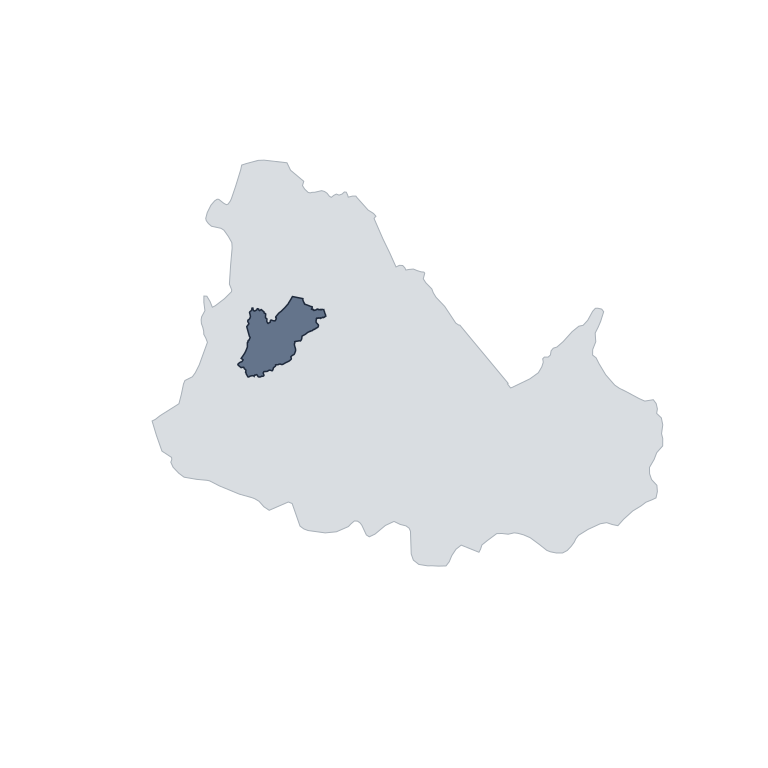 Gnagna, Gnagna, Burkina Faso (highlighted), rotated 231°
{"feature_id": "67063806B53557788130503", "entity_name": "Gnagna", "entity_type": "district", "adm_level": 2, "iso_a3": "BFA", "parent_name": "Burkina Faso", "parent_adm1": "Gnagna", "projection": "natural_earth1", "projection_center": [0.002, 12.916], "detail": "fine", "context": "in_parent", "style": "filled", "palette": "slate", "viewbox_px": 768, "rotation_deg": 231, "n_neighbors": 0, "source": "geoboundaries", "source_scale": "gbopen_adm2", "svg_char_len": 8873}
<svg xmlns="http://www.w3.org/2000/svg" viewBox="0 0 768 768"><g transform="rotate(231 384 384)"><path d="M546.1,480.3L529.2,481.1L523.1,483.2L519.4,483.3L519.2,481.5L518.8,480.4L497.5,474.5L482.5,471.0L467.4,467.0L466.5,470.7L464.3,473.1L461.1,473.3L458.8,472.7L457.3,475.5L454.8,479.2L451.3,481.1L447.8,483.4L445.9,485.4L444.5,485.4L441.0,480.7L436.4,480.2L427.8,481.0L423.9,479.7L418.6,479.0L406.1,480.0L386.2,478.1L382.9,479.1L382.0,480.0L362.3,480.2L340.5,480.5L322.4,480.7L306.4,480.9L306.4,480.0L301.3,479.9L300.7,481.5L296.2,500.6L295.6,511.0L298.0,517.4L300.7,521.5L303.7,523.2L304.0,525.5L301.6,528.5L301.8,531.6L304.6,534.7L305.3,538.1L303.9,541.6L304.2,549.9L306.3,563.2L306.3,571.8L304.3,575.7L305.3,582.4L309.2,591.9L309.8,595.9L308.4,597.8L305.2,600.3L301.9,600.2L298.1,594.4L296.4,591.9L293.3,586.0L290.7,580.2L287.1,577.6L283.6,575.2L279.4,567.8L275.2,564.3L270.9,565.3L264.5,563.9L251.7,562.1L238.0,562.6L232.3,564.3L226.6,567.0L212.3,573.0L206.6,575.9L202.3,583.4L197.5,583.2L192.6,580.8L189.6,577.4L183.1,578.2L176.8,574.9L170.7,568.4L166.2,566.3L160.5,561.6L159.0,552.7L155.4,546.5L152.1,537.8L147.1,533.9L141.4,531.8L133.5,532.3L128.4,528.8L124.3,523.7L125.4,519.3L127.3,513.1L127.5,507.0L128.8,497.3L128.1,485.1L126.7,476.6L131.1,473.0L136.1,469.8L139.3,464.1L142.6,451.1L144.0,439.9L143.0,435.7L141.4,432.4L140.1,427.5L139.3,421.6L140.3,416.5L144.1,411.7L148.9,407.7L152.3,405.8L161.3,403.8L172.5,400.9L179.0,397.5L183.7,394.1L186.4,391.5L189.1,386.0L193.4,381.8L196.8,377.5L197.3,365.6L197.3,358.8L194.9,355.1L193.5,351.9L210.2,342.6L210.3,336.0L208.0,328.7L204.8,322.8L203.6,317.7L208.2,311.7L212.3,307.2L215.3,303.4L221.9,297.5L228.7,296.0L234.8,298.2L252.9,311.9L256.1,312.8L259.9,311.8L264.7,308.2L270.9,305.3L273.2,296.1L273.0,282.6L274.5,276.4L277.8,275.3L288.2,277.9L290.9,278.0L294.0,277.2L296.2,274.8L296.1,270.4L295.6,266.6L299.1,254.0L305.3,244.6L317.9,232.8L321.8,230.5L326.4,229.3L348.9,237.4L352.5,235.4L358.1,215.3L364.2,213.4L371.5,213.1L376.3,211.3L378.7,209.9L389.4,202.3L408.3,192.0L418.5,187.5L420.5,185.9L427.7,178.5L437.4,170.0L443.5,168.4L452.0,167.7L457.4,169.1L458.8,171.5L460.6,172.7L471.6,169.2L487.5,174.9L501.2,180.5L500.4,184.0L500.3,190.3L499.1,200.3L497.7,212.2L503.4,219.9L510.2,228.2L512.0,231.5L510.2,239.6L511.5,244.4L515.1,252.4L521.2,262.5L527.5,273.0L531.8,274.4L536.0,275.2L538.5,277.1L542.2,278.9L545.8,280.1L549.0,282.3L551.0,284.6L553.7,291.0L560.7,295.3L565.7,299.4L563.7,301.6L557.5,300.7L551.7,298.9L551.0,302.0L550.7,313.8L551.7,323.6L553.0,324.9L558.9,326.7L572.8,339.5L585.3,351.6L589.6,354.7L596.5,355.9L604.3,356.4L607.6,355.3L615.2,349.2L619.2,348.5L622.9,348.7L624.9,349.7L628.5,354.6L631.9,362.1L632.9,367.7L632.6,370.6L631.5,371.8L625.3,373.2L622.6,374.3L621.9,375.9L622.9,379.7L624.1,382.1L630.9,392.9L640.7,407.5L643.7,411.2L642.0,415.6L637.0,426.9L633.4,431.7L617.0,447.8L608.9,445.9L592.0,449.2L589.5,445.5L585.5,445.0L580.6,445.6L578.9,447.0L578.3,448.6L576.6,450.8L573.5,457.2L571.1,458.9L568.1,459.8L564.4,459.7L562.2,460.5L562.2,463.7L561.6,466.5L559.1,467.9L558.0,470.9L558.2,474.0L556.8,475.4L553.6,474.6L551.7,473.8L549.9,477.7L547.7,480.4L546.1,480.3Z" fill="#d9dde1" stroke="#a8b0b8" stroke-width="1"/><path d="M471.7,287.9L472.3,289.0L472.2,289.1L472.1,289.4L471.9,289.5L471.9,289.9L471.6,290.4L471.6,290.5L471.5,290.8L471.4,291.0L471.1,291.0L470.2,291.0L470.0,290.9L469.7,290.9L469.3,290.8L468.9,290.8L468.6,290.9L468.1,291.3L467.7,291.8L467.4,292.2L467.1,293.0L467.1,293.8L467.0,294.0L466.2,294.7L466.1,295.2L466.1,295.9L466.3,296.2L466.7,296.4L468.3,296.9L468.6,297.0L468.8,297.4L468.9,297.9L469.0,298.1L469.2,298.3L469.2,298.5L469.0,298.9L468.6,299.3L468.3,299.6L468.3,299.8L468.1,300.2L467.8,300.4L467.6,300.7L467.3,301.2L467.3,301.6L467.2,301.7L467.1,302.6L467.1,303.0L467.0,303.5L466.2,304.3L466.0,304.5L465.8,304.7L465.2,304.9L464.6,305.6L464.6,305.8L464.7,306.0L465.2,306.8L465.4,307.4L466.0,308.0L466.2,308.5L466.2,310.8L466.3,311.1L466.5,311.4L466.7,311.6L467.1,311.8L466.9,312.3L465.7,313.7L465.6,314.0L465.5,314.9L465.2,315.3L464.5,316.2L464.2,316.3L463.7,316.5L463.4,316.9L463.0,317.5L462.8,318.6L462.4,321.1L462.0,322.6L461.5,324.9L461.6,326.8L461.7,327.5L461.9,327.8L462.4,328.2L462.6,328.3L463.4,328.5L463.8,328.8L463.8,329.1L463.9,329.8L463.9,330.6L463.9,331.0L463.6,332.2L463.6,332.8L463.9,333.6L465.3,336.0L466.0,336.7L467.3,337.5L469.1,338.2L470.8,339.0L471.8,339.9L471.9,340.3L472.2,340.7L472.4,340.8L472.9,341.2L473.1,341.3L472.9,341.6L472.9,341.9L472.6,342.2L472.6,342.3L472.5,342.6L472.2,342.9L472.0,343.4L471.5,344.1L471.1,345.2L470.9,345.4L470.5,345.7L470.1,346.0L470.1,346.7L470.2,347.0L470.5,347.8L471.0,348.6L472.2,349.8L472.8,350.5L472.2,353.6L472.1,354.5L472.1,355.8L472.1,357.2L471.7,358.8L471.5,359.2L471.5,359.3L471.3,359.8L471.5,360.0L471.1,360.7L470.9,361.2L470.8,361.4L470.7,361.6L470.6,361.9L470.7,362.2L470.6,362.7L470.7,363.0L470.8,363.5L470.5,363.8L470.2,364.3L470.3,364.9L470.1,365.3L470.0,366.0L470.2,366.5L470.0,366.8L469.9,367.0L469.7,368.4L470.0,368.9L470.3,369.5L471.0,370.1L471.3,370.2L474.4,370.0L474.9,370.2L475.3,370.6L475.9,370.9L476.1,371.3L476.4,371.8L476.7,372.0L477.5,372.7L477.6,373.0L477.2,373.6L476.9,373.7L476.9,374.2L476.5,374.9L476.3,375.0L476.1,374.9L475.8,375.6L475.6,376.0L475.4,376.0L475.1,375.9L475.1,376.5L474.9,376.6L474.7,376.8L474.5,377.2L474.5,377.4L474.6,377.9L474.4,378.1L474.3,378.5L474.2,378.6L473.7,378.7L473.6,378.9L473.6,379.2L473.5,379.4L473.5,379.6L473.5,380.0L473.4,380.2L473.6,380.4L473.6,380.6L473.5,381.2L473.5,381.3L473.4,381.5L474.1,381.8L474.3,382.0L474.5,382.1L476.4,382.6L477.6,383.2L478.7,383.5L479.7,384.0L479.8,383.7L480.2,383.4L480.5,383.3L480.8,383.0L481.3,382.4L481.2,382.0L481.4,381.9L481.3,381.7L481.5,381.5L481.8,381.7L482.0,381.5L482.1,381.0L482.4,380.7L482.5,380.4L482.8,380.3L483.0,379.9L483.5,379.9L483.6,379.5L483.7,379.4L484.0,379.4L484.3,379.3L484.4,378.4L484.3,377.9L484.4,377.6L484.5,377.3L484.8,377.1L484.8,376.8L485.0,376.8L485.1,376.2L485.3,375.8L485.6,375.9L485.9,375.8L486.2,375.9L486.3,375.9L486.6,375.5L486.9,375.5L486.9,375.2L487.5,374.9L487.5,375.3L487.8,375.1L488.0,375.1L488.2,375.8L488.6,376.2L488.9,376.7L489.1,376.8L489.6,376.6L490.4,375.8L490.9,375.6L494.1,373.8L494.8,373.3L495.1,373.2L495.4,373.1L495.6,372.7L495.8,372.6L496.2,372.6L496.4,372.7L497.3,373.0L497.4,372.9L499.8,373.6L500.5,373.9L501.2,374.5L501.4,374.7L509.6,367.9L508.5,365.1L507.5,362.3L507.1,361.0L506.6,360.1L506.5,359.6L506.4,358.8L505.7,354.9L505.5,352.6L505.3,350.7L505.2,349.7L505.3,348.0L505.3,346.8L504.4,342.4L504.3,342.1L503.9,341.7L503.1,341.5L503.0,341.8L502.8,341.7L502.5,341.1L502.1,340.7L502.0,340.1L501.9,339.8L501.6,339.4L501.8,339.0L501.9,338.9L502.1,338.5L502.1,338.4L503.0,337.7L504.8,336.5L504.8,336.2L504.6,336.0L504.5,335.7L504.6,335.3L504.5,335.2L503.8,334.7L503.6,334.1L504.0,332.8L504.0,332.0L504.5,331.9L505.5,332.1L506.5,332.3L507.0,332.8L507.5,333.3L508.1,333.9L508.3,334.0L509.0,333.9L509.6,333.6L510.2,333.7L510.6,334.0L512.6,335.9L513.0,336.2L513.6,336.1L514.2,335.6L514.6,335.6L514.8,335.6L515.4,336.1L515.7,336.1L515.9,336.1L517.9,335.6L518.7,335.5L518.8,335.6L519.2,335.4L519.2,334.7L519.3,334.4L519.2,333.7L519.4,333.4L520.2,333.3L520.6,333.5L520.9,333.5L521.1,333.7L521.4,333.5L521.6,333.5L521.7,333.4L521.9,333.3L522.2,333.0L522.2,332.6L522.0,332.4L521.7,331.7L521.7,331.4L521.8,331.1L521.9,330.6L521.9,330.2L522.1,330.0L522.1,329.7L522.2,329.3L522.9,328.9L523.2,328.8L523.8,329.0L524.0,328.9L524.4,329.1L524.6,329.3L525.0,329.5L525.4,329.9L525.5,329.9L525.5,329.7L525.8,329.4L525.7,329.2L525.9,329.2L526.0,329.1L525.7,328.7L525.3,328.6L524.9,327.9L524.8,327.5L524.7,327.3L524.5,326.4L524.6,325.4L524.4,325.1L524.4,324.8L524.3,324.6L523.9,324.3L523.6,324.2L522.7,323.8L522.1,323.6L521.9,323.4L521.0,323.0L520.8,322.8L520.4,322.6L520.2,322.4L519.9,321.7L519.5,321.2L519.2,320.1L519.1,319.6L519.1,319.4L519.1,319.2L519.3,318.8L518.9,318.0L518.7,317.7L518.1,317.4L517.2,317.2L516.4,317.1L515.8,316.8L515.0,313.5L514.9,313.4L505.8,309.4L504.4,309.3L503.0,306.7L503.3,306.3L503.3,306.1L503.0,305.3L502.8,305.1L502.7,305.0L502.2,304.9L502.2,304.1L502.1,303.8L498.7,301.1L498.6,300.9L496.8,297.7L495.9,295.8L495.5,294.8L494.4,291.3L494.1,290.0L493.8,289.1L493.4,289.2L492.3,289.6L491.6,289.7L491.4,289.7L490.9,288.2L490.8,287.8L490.8,287.4L491.2,286.7L491.5,285.2L491.4,283.2L491.3,282.9L491.1,282.7L490.6,282.5L489.3,282.7L486.8,283.2L486.8,283.4L486.5,283.5L486.4,283.9L486.1,284.4L485.4,285.4L485.3,285.5L484.9,285.5L484.3,285.2L483.8,285.1L483.1,285.2L482.7,285.4L482.3,285.5L482.0,285.4L481.7,285.3L481.3,285.1L480.9,284.7L480.3,283.8L480.1,283.8L479.4,283.8L479.1,283.5L478.6,283.4L478.4,283.2L477.4,283.1L476.8,283.0L475.3,282.7L475.0,282.8L474.8,283.0L474.5,283.6L474.4,284.5L474.3,285.0L473.8,286.0L473.7,286.3L473.5,286.8L473.3,287.0L472.8,287.3L472.5,287.8L472.0,287.9L471.7,287.9Z" fill="#64748b" stroke="#1e293b" stroke-width="1.5"/></g></svg>